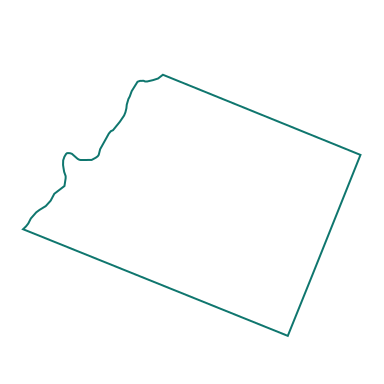 the district of Clay, South Dakota, United States of America, rotated 112°
{"feature_id": "52423323B37505692386722", "entity_name": "Clay", "entity_type": "district", "adm_level": 2, "iso_a3": "USA", "parent_name": "United States of America", "parent_adm1": "South Dakota", "projection": "albers", "projection_center": [-96.993, 42.894], "detail": "fine", "context": "isolated", "style": "outline", "palette": "teal", "viewbox_px": 384, "rotation_deg": 112, "n_neighbors": 0, "source": "geoboundaries", "source_scale": "gbopen_adm2", "svg_char_len": 806}
<svg xmlns="http://www.w3.org/2000/svg" viewBox="0 0 384 384"><g transform="rotate(112 192 192)"><path d="M94.5,49.7L94.2,262.9L99.5,266.0L102.9,270.1L106.4,275.1L107.1,277.0L107.0,278.5L108.5,281.9L110.2,283.8L121.1,285.7L126.8,285.5L129.6,285.8L135.5,285.2L138.9,284.2L143.0,283.6L146.5,283.6L153.9,285.2L164.3,288.4L166.0,290.0L169.0,291.0L174.0,291.6L186.7,293.2L192.5,292.4L194.2,292.8L196.3,294.1L199.9,297.1L204.1,307.4L204.3,308.6L204.1,310.5L201.6,317.6L201.7,319.5L202.2,321.1L202.8,322.4L203.9,323.0L207.1,323.5L210.9,323.3L215.2,321.7L217.6,320.3L221.2,318.1L224.6,315.1L226.6,314.3L234.2,312.5L245.2,319.0L253.0,319.8L259.8,322.3L265.6,326.6L269.2,328.8L276.9,331.5L282.5,332.0L286.0,333.0L289.8,334.7L289.5,49.3L224.4,49.3L94.5,49.7Z" fill="none" stroke="#0f766e" stroke-width="2"/></g></svg>